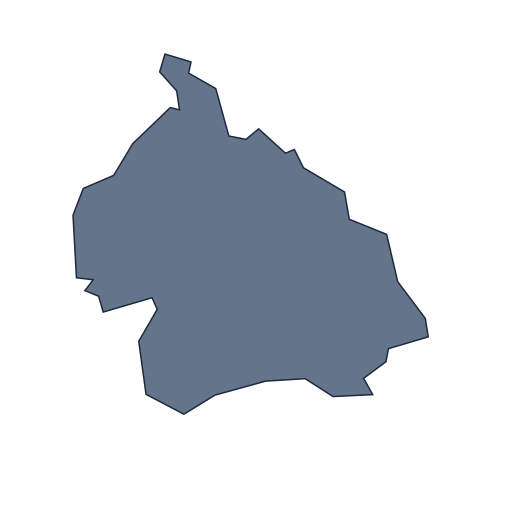 Kichevo, Kičevo, North Macedonia, rotated 195°
{"feature_id": "65306769B34923793156893", "entity_name": "Kichevo", "entity_type": "district", "adm_level": 2, "iso_a3": "MKD", "parent_name": "North Macedonia", "parent_adm1": "Kičevo", "projection": "robinson", "projection_center": [20.955, 41.522], "detail": "fine", "context": "isolated", "style": "filled", "palette": "slate", "viewbox_px": 512, "rotation_deg": 195, "n_neighbors": 0, "source": "geoboundaries", "source_scale": "gbopen_adm2", "svg_char_len": 683}
<svg xmlns="http://www.w3.org/2000/svg" viewBox="0 0 512 512"><g transform="rotate(195 256 256)"><path d="M440.3,276.6L443.3,248.0L423.8,188.5L407.1,190.9L412.3,178.3L397.6,176.4L389.1,162.3L345.6,188.8L337.6,178.9L347.2,143.3L326.4,93.9L284.7,84.5L259.8,110.9L214.4,137.6L176.8,150.2L145.2,140.2L107.4,152.3L120.4,165.7L103.1,187.5L104.1,200.8L68.7,222.5L76.3,239.5L112.5,267.9L135.4,310.7L175.4,315.6L187.0,340.7L233.0,353.5L246.5,368.8L254.2,362.9L286.4,379.5L295.9,366.0L313.3,364.9L338.2,407.3L368.4,415.2L369.0,426.6L396.2,427.5L396.7,408.9L375.4,395.0L367.7,377.4L377.2,377.2L404.1,332.7L414.3,297.1L440.3,276.6Z" fill="#64748b" stroke="#1e293b" stroke-width="1.5"/></g></svg>